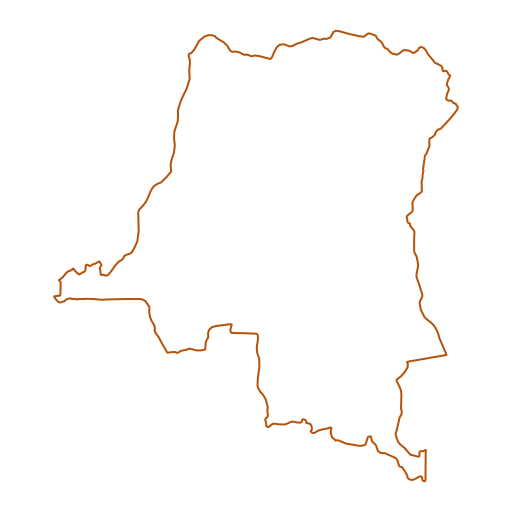 an SVG outline of Democratic Republic of the Congo
{"feature_id": "COD", "entity_name": "Democratic Republic of the Congo", "entity_type": "country or territory", "adm_level": 0, "iso_a3": "COD", "parent_name": "Africa", "parent_adm1": "", "projection": "robinson", "projection_center": [23.721, -4.071], "detail": "fine", "context": "isolated", "style": "outline", "palette": "amber", "viewbox_px": 512, "rotation_deg": 0, "n_neighbors": 0, "source": "natural_earth", "source_scale": "50m", "svg_char_len": 5962}
<svg xmlns="http://www.w3.org/2000/svg" viewBox="0 0 512 512"><path d="M446.3,355.0L408.7,361.5L407.2,362.0L407.9,364.5L407.6,367.2L406.5,369.2L404.9,371.7L402.5,374.7L401.2,376.1L396.6,379.7L396.6,380.9L399.5,386.6L400.9,390.6L401.4,394.3L401.1,405.9L400.9,407.9L401.7,411.6L401.5,414.4L399.5,417.6L398.9,420.8L396.5,430.9L395.5,434.0L397.0,439.1L398.1,441.9L400.0,444.2L404.1,447.6L405.8,449.3L410.3,454.7L416.1,456.1L417.9,456.7L419.1,456.4L419.5,455.6L419.5,454.0L419.3,452.8L419.6,451.9L420.7,451.2L423.5,451.1L424.7,450.3L425.7,450.1L425.5,479.3L425.5,479.8L425.1,480.9L424.0,481.3L422.5,480.3L422.1,477.6L421.4,476.6L420.5,476.4L418.9,476.8L416.8,478.1L414.1,479.3L413.0,479.9L411.1,479.9L409.1,479.2L407.6,477.8L407.2,475.5L404.1,470.0L402.0,467.1L400.8,466.9L399.4,466.4L398.6,464.2L397.8,461.3L396.5,458.8L395.4,457.9L384.9,453.2L382.7,453.1L380.4,452.8L378.9,451.8L378.0,451.1L375.8,445.0L371.9,441.2L371.0,436.9L370.2,436.3L368.9,436.6L367.8,437.2L365.8,443.9L365.4,444.4L364.5,445.0L363.1,445.5L361.1,445.8L358.3,445.7L352.9,444.7L346.3,443.7L344.2,442.9L342.7,442.1L337.7,440.2L335.5,440.5L334.4,439.2L333.4,438.5L332.1,437.3L331.5,435.7L330.7,432.1L330.9,430.2L331.4,428.1L330.8,427.5L329.9,427.5L328.6,428.2L322.1,429.5L317.7,430.8L314.6,432.9L313.5,433.1L311.6,432.4L310.7,431.3L311.6,430.0L312.0,428.5L311.3,425.5L310.4,424.1L307.6,423.1L306.5,423.0L306.1,421.3L305.3,419.8L302.9,419.3L302.1,419.8L301.7,421.0L301.6,422.0L300.1,422.7L297.2,422.5L294.4,421.9L292.3,421.6L291.0,421.8L285.9,424.2L284.2,424.5L278.6,424.3L275.5,423.8L273.3,423.7L271.7,424.4L269.8,426.2L268.1,427.1L267.3,427.0L266.2,425.3L266.0,422.7L265.2,419.8L265.7,418.3L267.4,417.2L267.9,415.0L267.4,411.6L267.4,409.2L267.8,407.9L267.2,404.6L265.6,399.3L263.3,395.1L260.3,391.8L258.4,388.6L257.5,385.6L257.8,378.4L259.4,367.0L259.2,358.5L257.2,353.0L256.7,347.1L257.8,340.8L258.0,336.4L257.3,334.2L256.7,333.9L256.1,333.7L244.2,333.2L231.9,333.0L230.9,332.2L230.4,330.7L230.4,329.3L231.7,324.8L231.5,324.4L229.2,324.3L216.4,326.0L211.9,327.2L209.1,329.8L208.1,333.0L208.2,335.7L208.1,337.7L206.8,339.7L205.8,342.1L205.2,349.5L201.0,350.4L196.8,350.4L195.8,350.3L190.6,348.8L188.7,348.8L187.1,349.6L180.9,350.9L177.8,352.8L177.0,352.9L175.0,352.0L172.1,352.1L167.9,352.7L167.0,352.2L160.8,341.3L158.9,337.4L157.0,335.0L155.3,332.5L154.6,330.1L154.9,327.8L153.9,324.7L151.6,320.9L150.1,317.2L149.4,313.6L149.2,310.6L149.5,308.1L149.1,306.3L147.9,305.1L147.2,303.6L145.7,301.5L143.5,299.9L141.0,299.1L128.5,299.0L107.8,299.4L105.9,299.6L100.4,299.7L94.4,299.1L87.0,298.8L84.6,299.0L78.7,299.0L78.1,299.0L77.2,299.5L74.7,298.9L72.3,299.1L70.9,298.4L67.9,298.8L66.4,299.4L64.1,301.4L60.6,302.4L59.3,302.3L58.4,302.0L56.3,299.8L54.7,297.7L54.2,296.5L55.0,296.2L59.9,295.6L60.3,295.0L60.6,288.5L60.6,281.9L59.8,281.0L59.1,280.5L59.1,280.0L62.1,277.8L63.8,276.0L67.1,272.0L71.9,269.9L72.2,269.5L72.5,268.8L73.6,268.8L75.3,271.2L78.6,274.2L79.5,274.4L82.4,272.5L84.6,271.6L85.2,270.8L85.5,269.1L85.8,265.2L87.1,264.7L88.6,265.3L89.3,265.9L90.6,265.9L92.8,264.3L94.7,263.9L96.6,262.9L98.5,261.6L99.4,261.5L101.2,264.4L101.4,265.1L99.6,268.4L100.4,270.7L100.6,274.3L101.6,275.1L102.3,274.7L103.7,274.8L105.3,275.5L106.9,275.5L108.4,274.6L111.2,271.2L115.3,265.4L118.7,261.7L121.4,260.2L123.2,258.4L124.1,256.4L125.7,255.0L129.0,254.0L131.5,252.7L134.0,248.7L137.3,241.4L138.7,231.0L138.2,213.0L138.7,210.5L139.9,208.9L143.3,205.3L145.5,202.4L147.3,199.1L150.6,191.3L152.7,187.7L154.7,185.6L157.5,183.8L161.2,182.3L166.7,176.9L171.2,171.4L170.6,164.9L171.6,159.5L174.0,152.6L174.8,145.4L174.0,137.7L174.4,131.4L177.7,121.4L178.0,117.0L178.0,109.9L181.0,100.3L186.9,88.0L189.7,78.9L189.2,69.9L190.0,63.3L189.7,59.4L188.6,56.0L189.1,53.9L191.4,53.0L194.2,49.7L199.2,40.8L204.6,36.5L208.4,35.2L212.3,35.3L214.9,36.1L216.0,37.5L219.0,39.5L223.7,42.3L227.3,45.7L229.2,49.2L230.8,51.1L232.6,51.8L235.7,51.5L239.2,52.3L242.8,54.2L245.0,55.0L245.8,54.5L247.5,54.7L251.5,56.3L254.7,55.5L259.3,56.1L270.2,59.0L271.1,58.4L272.0,57.2L274.4,51.5L276.4,48.0L277.3,46.7L279.6,44.8L282.3,44.4L284.9,44.5L289.1,46.3L291.3,46.3L293.6,45.4L296.9,43.7L300.5,42.6L303.5,41.4L310.4,38.4L312.9,38.0L319.9,39.9L324.4,38.6L326.2,39.0L330.1,37.6L330.8,36.7L333.3,32.1L336.0,30.7L340.0,31.4L349.7,34.1L359.4,36.2L363.4,36.7L364.4,36.4L367.6,33.8L368.7,33.4L369.6,33.5L375.7,35.6L376.5,37.3L377.6,39.0L381.3,41.9L382.4,43.5L383.9,46.7L385.0,47.9L386.6,48.6L388.0,49.4L388.8,50.7L390.1,52.0L392.5,53.8L395.0,54.1L396.2,54.6L397.5,54.4L399.5,53.3L401.9,51.3L403.8,50.1L408.3,50.5L410.8,51.5L412.8,52.9L414.3,52.8L417.7,50.3L419.5,47.5L421.3,47.0L423.9,48.1L426.1,50.7L428.0,54.4L431.2,58.0L434.9,62.7L439.7,65.0L441.5,66.2L442.2,67.3L442.5,68.9L442.6,70.6L443.2,71.2L445.6,70.8L446.8,71.2L447.7,72.5L448.6,74.5L449.8,75.1L450.0,76.4L448.3,79.4L447.3,82.3L446.8,85.2L448.2,87.0L448.6,87.8L448.8,88.8L448.8,89.9L447.1,94.0L446.3,97.5L446.3,99.3L448.4,100.6L451.2,100.6L452.1,101.4L453.0,102.7L453.8,103.3L454.9,103.3L455.8,103.8L456.1,104.7L457.8,106.7L457.5,108.1L457.4,109.2L455.4,112.1L450.8,117.9L441.0,128.5L437.7,129.8L436.0,131.8L434.8,134.9L431.9,137.5L429.7,138.6L429.4,139.2L429.3,142.1L429.5,146.3L428.5,148.2L426.2,154.3L425.6,154.7L424.9,155.9L424.5,159.7L424.2,161.0L423.1,168.9L423.4,171.1L422.6,174.9L422.5,177.1L422.2,179.6L421.6,181.7L421.9,191.6L421.1,192.1L419.6,193.5L418.2,194.5L417.1,194.7L413.8,199.6L412.7,201.9L412.4,202.9L412.8,209.4L412.4,211.0L411.9,211.9L407.0,215.9L406.6,217.0L407.3,219.6L407.4,221.5L408.0,222.7L409.9,223.6L410.0,225.5L412.9,229.2L414.4,231.6L414.4,233.6L414.1,239.0L414.2,241.7L414.1,250.3L414.3,252.2L416.6,256.6L417.6,261.5L418.1,265.1L418.1,266.2L416.5,274.4L416.4,275.9L416.8,277.9L419.6,285.9L421.0,290.3L422.1,293.9L422.4,295.7L422.1,296.9L419.9,301.5L419.6,302.9L420.2,306.4L420.9,309.9L424.5,317.1L426.3,318.9L429.8,321.6L432.8,324.3L435.1,327.2L437.2,331.2L438.5,334.5L439.1,337.4L445.7,352.8L446.3,355.0Z" fill="none" stroke="#b45309" stroke-width="2"/></svg>